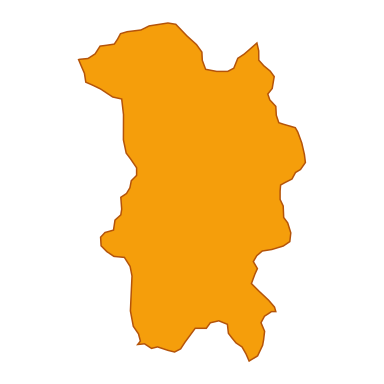 the district of Växjö, Kronoberg, Sweden
{"feature_id": "70781695B32930756633279", "entity_name": "Växjö", "entity_type": "district", "adm_level": 2, "iso_a3": "SWE", "parent_name": "Sweden", "parent_adm1": "Kronoberg", "projection": "albers", "projection_center": [14.91, 56.945], "detail": "fine", "context": "isolated", "style": "filled", "palette": "amber", "viewbox_px": 384, "rotation_deg": 0, "n_neighbors": 0, "source": "geoboundaries", "source_scale": "gbopen_adm2", "svg_char_len": 1618}
<svg xmlns="http://www.w3.org/2000/svg" viewBox="0 0 384 384"><path d="M137.7,344.5L144.5,343.8L151.5,348.4L157.5,346.9L168.1,350.4L174.6,352.0L180.6,348.9L185.2,341.9L195.2,328.3L206.3,328.3L210.3,322.8L218.8,320.8L227.4,324.3L228.4,333.3L231.9,337.9L236.0,342.9L242.0,346.9L246.0,353.9L249.1,361.0L257.6,355.9L262.6,345.3L263.6,339.8L264.6,331.3L261.0,322.7L264.5,316.2L271.5,311.6L275.8,311.6L274.5,307.1L268.5,300.1L258.9,291.1L251.4,283.6L254.9,274.1L257.4,268.6L253.3,261.6L256.8,255.6L262.3,251.0L271.8,249.5L283.3,246.0L289.8,241.6L290.8,232.9L287.7,222.9L283.7,217.5L283.2,206.0L280.1,199.5L280.1,191.0L280.6,185.0L285.1,182.5L292.0,179.0L295.5,172.5L300.5,169.5L305.4,162.5L304.4,154.5L301.8,143.1L297.8,132.1L295.3,127.7L283.3,124.2L278.8,122.7L276.3,115.3L275.8,106.4L269.8,99.9L267.8,94.0L272.2,88.5L274.2,76.6L270.2,71.1L263.7,65.7L258.8,60.2L258.7,50.8L256.9,43.0L249.5,49.5L244.2,54.1L237.8,58.3L233.8,68.2L227.7,71.4L216.6,71.4L205.6,69.3L202.3,60.4L201.9,52.1L196.5,44.6L186.9,35.9L175.8,24.3L169.8,23.3L167.9,23.0L149.2,25.9L140.9,30.0L127.2,31.7L120.5,33.7L117.6,39.1L114.3,44.1L106.4,45.3L100.1,46.1L95.1,53.9L88.0,58.5L79.7,59.3L78.6,59.6L81.1,65.6L84.4,73.2L85.8,82.2L91.4,84.6L100.4,88.9L112.7,97.0L121.7,99.0L123.5,114.6L123.4,139.8L126.2,153.1L130.5,158.8L136.6,167.8L136.6,175.4L131.3,180.7L129.9,187.8L126.5,193.5L120.8,197.3L121.7,209.2L120.8,214.9L115.0,220.1L113.5,230.1L105.0,232.5L100.6,237.2L101.1,245.8L106.8,251.6L113.9,256.4L124.4,257.4L130.1,266.4L132.0,276.0L130.4,310.9L133.3,326.3L138.5,333.9L140.4,341.1L137.7,344.5Z" fill="#f59e0b" stroke="#b45309" stroke-width="1.5"/></svg>